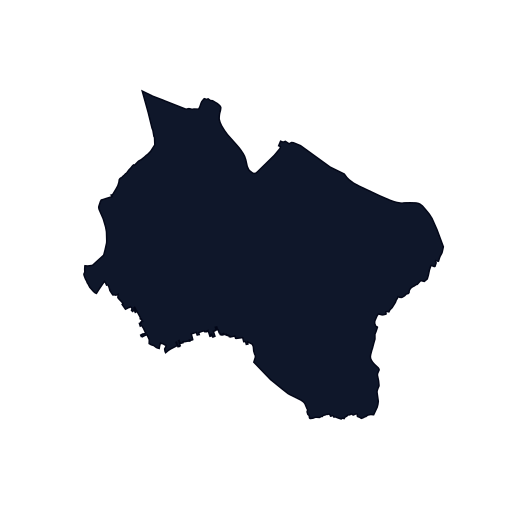 Bang Ban, Phra Nakhon Si Ayutthaya, Thailand, rotated 122°
{"feature_id": "78962969B93937525115566", "entity_name": "Bang Ban", "entity_type": "district", "adm_level": 2, "iso_a3": "THA", "parent_name": "Thailand", "parent_adm1": "Phra Nakhon Si Ayutthaya", "projection": "albers", "projection_center": [100.482, 14.383], "detail": "fine", "context": "isolated", "style": "filled", "palette": "ink", "viewbox_px": 512, "rotation_deg": 122, "n_neighbors": 0, "source": "geoboundaries", "source_scale": "gbopen_adm2", "svg_char_len": 6093}
<svg xmlns="http://www.w3.org/2000/svg" viewBox="0 0 512 512"><g transform="rotate(122 256 256)"><path d="M347.2,201.6L353.1,178.1L354.9,163.3L355.7,155.9L355.6,153.8L354.4,141.7L354.5,139.3L354.7,137.9L355.3,136.3L358.4,131.9L358.9,130.9L359.5,130.5L360.5,130.3L361.1,130.1L362.0,129.1L362.9,128.0L363.1,126.4L364.9,124.9L365.1,124.5L365.1,124.0L364.9,123.6L363.3,121.7L361.7,120.5L361.0,119.8L359.3,116.6L357.6,115.7L356.9,114.7L355.6,114.6L354.1,113.1L353.1,112.5L352.6,111.6L351.4,110.4L351.3,110.0L351.3,109.5L351.6,108.9L352.2,108.1L352.3,107.8L351.9,107.4L350.9,106.7L350.7,106.3L350.7,105.5L351.3,104.9L351.3,104.5L350.4,103.6L350.0,101.2L349.1,97.4L347.7,96.8L347.2,95.1L345.6,95.2L343.6,94.1L342.3,93.9L341.9,93.6L341.0,92.3L339.5,91.6L339.4,91.3L339.4,89.6L339.3,89.2L337.1,87.7L336.5,86.6L336.7,86.0L337.8,85.5L338.3,84.9L337.8,82.3L337.9,81.0L337.8,80.5L335.9,79.1L334.5,78.5L334.1,77.8L331.9,77.0L331.4,76.6L329.6,74.7L328.3,72.1L320.0,73.1L317.2,74.0L314.4,75.3L307.1,81.4L305.5,82.0L303.3,82.5L301.2,82.8L300.4,83.2L296.9,85.9L292.6,90.0L290.9,90.7L287.4,91.2L286.8,91.7L286.1,93.0L285.1,98.1L284.3,100.8L283.3,102.9L282.1,104.6L280.5,105.8L278.6,106.6L274.4,107.9L272.7,108.3L267.6,109.9L263.4,111.1L259.3,113.7L256.4,114.2L252.0,115.3L251.9,115.6L252.1,116.7L252.0,117.3L250.5,119.4L248.9,120.5L247.6,120.9L243.0,121.6L240.7,121.6L240.3,121.3L240.0,120.6L239.1,117.8L238.5,117.0L236.5,115.0L236.1,115.0L235.0,116.2L234.5,116.4L233.5,115.2L233.0,113.7L230.6,113.9L227.7,113.2L222.0,113.2L220.8,113.3L219.3,113.7L216.7,113.7L215.2,114.0L214.8,112.0L214.0,110.6L213.2,110.0L211.0,108.9L208.6,108.4L207.1,107.0L206.7,106.9L205.7,106.9L205.1,107.3L203.5,107.8L202.5,107.8L200.7,107.6L198.9,106.8L197.5,105.9L195.5,105.1L194.6,104.2L190.0,103.4L189.5,103.0L189.3,102.5L188.4,99.8L184.7,98.6L181.1,99.6L176.0,101.5L171.3,102.6L171.1,102.4L170.5,99.2L170.2,98.9L169.9,98.7L166.3,99.6L165.8,100.8L165.5,101.0L164.6,101.1L163.9,98.6L163.6,98.5L160.7,99.3L158.8,99.7L155.2,99.9L153.9,100.2L148.9,102.0L137.8,116.4L130.9,126.6L128.7,131.2L126.9,136.5L125.4,141.3L125.1,144.4L125.4,146.3L126.2,148.4L129.1,153.4L132.5,158.6L133.6,159.8L134.3,161.0L136.0,165.1L136.8,167.8L137.7,171.9L139.4,183.1L142.1,205.8L142.5,211.9L142.0,217.6L141.3,220.6L139.7,224.6L141.3,240.3L138.8,276.7L140.1,284.3L140.9,286.0L143.3,287.4L143.2,291.9L144.7,293.0L145.2,293.8L145.6,296.0L150.5,295.2L150.2,293.3L151.9,292.6L160.9,293.8L183.6,299.3L185.6,299.9L186.6,300.7L187.5,302.5L187.0,307.0L186.3,308.5L184.6,311.0L179.9,315.6L177.5,318.5L176.1,320.9L174.5,324.4L173.3,327.4L172.2,330.9L168.2,344.5L166.3,349.2L163.8,354.2L161.8,357.2L159.4,359.8L157.7,360.8L155.7,361.8L154.3,362.4L151.1,363.4L148.9,364.4L148.3,365.1L147.7,366.4L147.2,369.5L147.3,372.4L147.3,374.6L147.4,375.3L148.2,376.8L148.3,377.4L148.1,379.9L149.4,380.8L149.9,383.1L150.4,383.4L153.7,383.8L155.4,383.6L159.1,382.7L161.4,382.5L162.0,382.7L164.2,386.5L165.5,387.9L166.3,390.4L166.7,391.2L168.6,393.1L172.8,415.7L173.1,417.7L175.2,428.3L176.4,439.9L191.4,423.5L202.6,412.0L204.0,410.1L208.6,406.0L209.2,404.9L215.4,400.7L223.0,400.8L227.6,401.8L228.5,402.3L231.2,403.0L235.3,404.5L237.8,405.9L243.2,407.1L243.5,407.2L243.5,407.9L243.6,408.1L245.0,408.5L247.6,408.8L250.4,409.4L254.7,409.7L255.2,410.2L257.2,410.5L258.6,411.0L260.9,411.5L261.6,412.1L262.7,412.4L263.8,412.4L266.2,411.3L269.7,410.4L273.6,410.2L279.3,410.1L280.2,410.3L281.1,411.1L281.4,409.8L281.8,409.4L290.5,416.9L292.2,416.8L296.4,415.8L297.4,415.5L298.2,415.1L299.4,414.0L300.2,412.9L305.4,405.3L311.1,398.9L314.4,395.9L315.5,395.1L322.3,390.6L324.1,389.6L330.9,387.2L335.7,385.7L336.3,385.7L350.5,389.7L350.9,390.1L353.7,393.5L354.9,395.9L355.4,395.7L358.0,394.3L360.0,392.9L360.8,392.6L362.4,392.4L362.9,392.1L363.6,391.4L365.9,388.4L367.1,386.2L368.1,385.0L368.8,383.4L370.6,380.4L372.2,375.0L372.5,372.9L372.3,371.5L367.6,371.5L357.8,371.1L358.6,369.2L359.9,367.3L359.1,366.6L359.3,365.7L360.6,363.8L362.7,361.6L363.9,359.1L364.9,356.8L364.0,355.5L363.5,354.1L361.5,352.6L364.5,351.1L365.0,349.8L366.6,343.7L368.0,343.9L370.3,338.5L368.9,337.6L367.1,336.6L367.0,336.3L365.6,335.7L365.9,333.7L366.7,333.1L368.1,332.8L368.4,331.2L366.9,330.9L366.8,331.0L366.3,330.7L367.8,328.5L367.1,328.1L364.8,332.2L363.7,331.7L369.1,322.1L369.4,321.7L370.7,320.8L370.7,320.6L370.2,319.8L371.2,318.4L371.4,317.7L372.5,318.6L373.1,318.1L373.6,318.6L374.1,318.0L375.0,319.1L376.8,317.0L375.5,316.3L377.2,312.5L377.3,312.6L378.6,310.6L379.6,308.7L381.1,309.5L381.9,310.4L382.2,310.6L382.2,310.8L384.2,311.9L385.0,310.7L384.5,310.4L384.8,309.6L381.8,307.8L380.6,306.6L383.5,302.2L386.9,300.2L386.8,297.8L386.1,295.2L386.4,292.2L386.3,291.1L385.7,289.1L383.0,290.2L380.4,290.9L380.2,289.4L379.7,288.4L379.7,286.0L379.4,285.5L379.8,284.5L383.3,284.2L385.2,282.5L385.9,281.4L382.8,280.4L380.2,279.2L373.8,275.4L371.6,278.1L371.1,277.7L374.3,274.1L373.4,273.1L373.2,273.4L372.3,272.7L368.8,276.8L368.3,276.4L369.9,274.7L369.5,274.4L370.0,273.6L368.3,272.0L367.7,272.6L367.2,271.8L366.9,272.0L366.1,270.6L364.2,268.6L363.3,267.1L362.5,268.1L362.0,267.7L362.3,267.3L362.0,266.6L360.6,265.3L360.3,265.4L356.4,269.6L352.4,266.2L354.2,264.0L353.0,262.9L352.7,262.5L351.3,264.0L348.0,261.4L346.9,260.1L347.4,259.5L346.3,258.4L346.7,258.1L345.8,257.2L345.3,257.8L344.5,257.2L348.5,252.5L347.7,251.8L346.7,253.1L345.7,252.2L347.3,250.3L346.9,250.0L347.5,249.5L345.8,248.3L342.6,252.1L342.0,251.7L342.0,251.9L341.4,251.3L341.2,251.4L340.5,250.9L340.4,251.1L339.8,250.6L338.0,252.8L336.9,251.8L338.9,249.4L338.6,249.0L340.7,246.5L340.5,245.9L341.4,244.9L340.9,244.5L341.4,243.9L340.7,243.3L341.0,242.9L340.2,242.1L339.5,242.9L338.8,242.4L339.6,241.5L338.7,240.7L338.9,240.3L338.1,239.7L338.8,239.1L338.1,238.4L338.5,238.0L337.7,237.1L338.5,236.2L337.9,235.5L338.4,235.0L335.1,231.5L336.6,229.7L336.2,229.2L336.3,229.0L333.3,225.3L332.4,224.3L332.3,224.0L335.2,221.0L334.1,219.5L336.1,217.4L335.0,216.2L333.2,217.6L332.8,212.7L333.0,212.1L334.0,210.6L334.6,210.0L337.8,207.6L340.0,205.1L340.4,204.3L341.1,203.6L342.2,202.9L347.2,201.6Z" fill="#0f172a" stroke="#020617" stroke-width="1.5"/></g></svg>